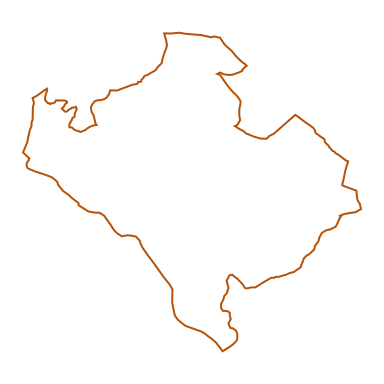 outline of Girga, Suhaj, Egypt
{"feature_id": "37247803B67165443918142", "entity_name": "Girga", "entity_type": "district", "adm_level": 2, "iso_a3": "EGY", "parent_name": "Egypt", "parent_adm1": "Suhaj", "projection": "mercator", "projection_center": [31.856, 26.307], "detail": "fine", "context": "isolated", "style": "outline", "palette": "amber", "viewbox_px": 384, "rotation_deg": 0, "n_neighbors": 0, "source": "geoboundaries", "source_scale": "gbopen_adm2", "svg_char_len": 4197}
<svg xmlns="http://www.w3.org/2000/svg" viewBox="0 0 384 384"><path d="M348.1,161.3L346.8,161.0L343.8,158.9L340.3,156.1L338.0,154.5L336.2,153.7L334.3,151.6L332.7,151.0L331.4,149.6L329.3,147.2L328.6,145.8L328.5,145.7L328.4,145.6L325.1,142.5L324.3,139.1L320.4,136.5L317.7,134.4L315.8,133.2L315.2,131.9L315.1,130.7L313.5,128.1L310.6,125.9L305.3,122.3L298.3,116.9L295.3,114.9L273.6,133.9L269.6,135.8L266.5,138.8L264.6,138.7L260.6,138.6L253.6,136.5L248.7,134.4L245.7,133.3L243.8,131.3L239.8,129.2L234.9,126.1L237.0,125.1L238.0,124.1L239.0,122.1L240.1,120.1L239.2,115.1L239.3,111.1L239.3,109.1L240.4,104.1L240.5,101.0L238.6,98.1L236.9,96.0L236.2,95.1L233.4,92.5L229.3,87.8L226.2,83.7L223.9,80.6L223.0,79.1L220.2,75.1L217.3,73.9L218.5,73.4L220.0,72.5L224.2,74.4L227.0,74.7L229.0,75.0L231.1,74.8L232.1,74.8L236.2,73.4L238.1,72.8L242.2,70.9L242.2,69.9L244.7,67.4L246.3,66.0L246.5,66.0L246.7,65.9L245.6,64.6L241.2,61.3L236.0,56.2L232.0,51.2L226.5,46.3L224.5,44.3L220.2,38.0L220.1,37.8L220.0,37.6L217.7,37.3L214.3,36.4L211.3,37.3L206.3,36.2L201.4,35.1L185.4,33.8L179.4,32.7L171.4,33.5L165.5,33.4L164.2,33.4L165.2,37.2L166.1,40.2L167.0,45.3L165.9,49.3L164.9,51.3L162.7,58.3L161.6,63.3L158.5,66.2L155.5,70.2L152.4,72.1L150.4,73.1L147.4,75.0L144.4,76.0L143.3,78.0L142.3,79.0L141.3,79.9L141.2,81.6L140.2,81.9L138.2,81.9L137.2,83.9L132.2,84.8L127.2,86.7L122.1,88.6L117.1,90.5L114.1,90.4L111.1,90.4L110.1,90.4L109.0,94.4L108.0,95.4L107.0,97.3L103.9,99.3L99.9,100.2L97.9,100.2L94.9,101.1L91.8,105.1L90.8,108.1L91.7,112.1L93.6,115.2L94.5,119.2L95.4,123.2L96.5,125.0L94.4,125.2L91.4,126.2L89.3,127.1L86.3,129.1L85.3,130.1L80.3,132.0L78.3,130.9L77.3,130.9L74.3,129.8L72.4,127.8L70.7,127.2L69.4,127.3L69.4,125.7L69.5,123.7L70.5,122.7L70.5,121.7L71.5,120.7L72.6,117.8L74.6,116.8L74.7,113.8L76.8,108.8L75.8,106.8L73.8,107.7L71.8,107.7L70.8,108.7L68.8,109.6L67.8,110.6L66.8,111.6L64.8,111.6L62.8,109.5L61.8,108.5L63.9,106.5L64.9,104.5L65.9,103.6L67.0,102.6L67.0,101.6L65.0,100.5L63.0,100.5L57.0,100.4L56.0,100.3L55.0,102.3L53.0,103.3L51.0,103.3L50.0,104.2L49.0,103.2L48.0,103.2L47.0,102.2L45.1,100.1L45.1,97.1L46.2,93.1L47.3,90.1L46.8,88.6L44.4,90.4L36.2,96.2L32.6,98.0L34.0,102.9L32.9,106.9L32.7,116.0L32.6,120.0L31.6,122.0L31.6,123.0L31.5,126.0L29.6,130.8L27.1,142.7L23.0,152.5L29.4,158.4L28.8,159.1L28.8,160.1L26.7,163.1L26.6,166.1L27.6,168.1L29.5,169.1L34.5,171.2L44.4,174.5L50.3,176.6L52.3,177.6L57.2,181.7L58.1,184.8L63.0,190.9L69.2,195.3L70.8,197.1L78.7,203.3L78.6,205.3L88.5,211.5L94.4,212.6L99.4,212.7L104.3,215.8L106.3,218.9L110.1,224.0L114.0,230.1L116.9,233.1L121.8,236.3L125.9,235.5L126.8,235.4L129.8,235.4L135.8,236.5L138.7,239.6L139.7,240.6L140.6,243.7L142.5,247.7L148.3,255.9L155.1,265.0L163.8,277.3L169.6,284.4L170.3,285.6L172.5,289.5L172.4,292.5L172.3,295.5L172.2,302.5L173.1,307.6L174.9,315.6L177.8,319.7L182.7,323.8L185.6,325.9L194.5,329.1L200.5,331.2L204.4,333.3L208.3,336.4L211.3,338.5L216.1,342.6L220.0,347.7L222.6,351.3L226.0,349.1L229.1,347.2L233.1,344.3L236.2,341.3L237.2,339.3L237.4,334.3L237.1,333.4L236.4,331.3L235.5,330.2L232.5,328.2L230.5,328.1L228.6,324.1L228.6,323.1L230.7,319.1L229.8,315.1L229.9,313.1L228.9,312.0L226.9,311.0L224.9,310.9L222.9,310.9L221.0,307.9L221.1,305.8L221.1,303.8L223.2,299.9L224.3,295.9L226.3,293.9L227.4,291.9L227.4,290.9L228.5,287.9L227.5,283.9L226.6,280.8L227.7,278.9L229.1,275.7L230.7,274.9L232.7,274.9L234.7,277.0L236.7,278.0L238.6,280.1L240.6,282.1L242.5,284.2L244.4,287.2L245.4,288.3L246.4,288.3L247.4,288.3L250.7,287.5L251.4,287.4L255.4,287.4L258.4,285.5L264.5,281.6L266.5,280.6L269.6,278.7L271.6,277.7L274.6,277.8L275.6,276.8L278.6,276.9L284.6,275.0L285.6,275.0L288.7,273.5L289.6,273.1L293.6,272.1L300.7,267.3L300.8,266.3L302.9,261.3L303.9,258.3L307.0,255.3L309.0,254.4L314.1,249.5L315.2,245.5L318.3,241.5L319.1,238.5L319.4,237.5L321.5,233.5L322.5,232.5L325.5,230.6L328.6,229.6L329.6,229.7L331.6,228.7L333.3,227.9L335.6,226.8L336.7,224.8L337.5,223.2L339.8,217.8L340.8,216.8L339.9,215.8L341.9,214.9L344.9,213.9L349.9,213.0L355.9,212.1L358.9,210.2L361.0,209.2L360.1,205.2L360.1,204.2L359.1,203.1L357.2,199.1L356.9,195.9L356.4,190.7L343.2,185.8L342.2,185.0L342.7,182.7L343.6,179.3L345.2,171.1L348.1,161.3Z" fill="none" stroke="#b45309" stroke-width="2"/></svg>